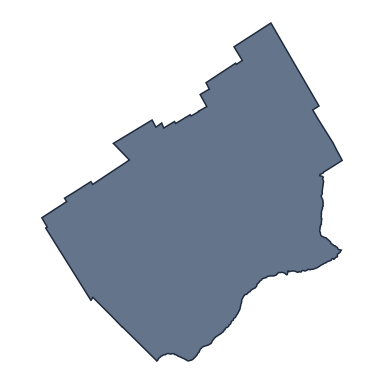 General Rodríguez, Buenos Aires, Argentina
{"feature_id": "61730980B11219984208084", "entity_name": "General Rodríguez", "entity_type": "district", "adm_level": 2, "iso_a3": "ARG", "parent_name": "Argentina", "parent_adm1": "Buenos Aires", "projection": "natural_earth1", "projection_center": [-58.934, -34.64], "detail": "fine", "context": "isolated", "style": "filled", "palette": "slate", "viewbox_px": 384, "rotation_deg": 0, "n_neighbors": 0, "source": "geoboundaries", "source_scale": "gbopen_adm2", "svg_char_len": 6037}
<svg xmlns="http://www.w3.org/2000/svg" viewBox="0 0 384 384"><path d="M319.0,106.0L293.3,61.8L270.9,23.0L234.0,46.8L242.3,60.4L236.3,64.4L235.6,63.2L206.0,82.7L209.3,89.1L200.1,94.5L206.8,106.6L198.5,111.3L198.7,111.6L191.2,116.0L190.2,114.7L175.7,123.5L174.5,121.5L163.7,128.0L161.7,123.0L155.9,127.2L152.1,120.0L113.3,143.4L129.4,160.0L92.7,184.4L90.9,181.6L75.5,191.4L64.5,198.2L66.7,201.6L41.8,217.8L47.2,227.0L45.7,228.0L90.9,300.3L91.4,299.9L91.7,299.4L92.4,297.9L92.6,297.6L92.9,297.4L112.7,317.2L122.2,327.1L122.4,326.9L129.5,333.9L146.2,350.4L156.9,361.0L157.2,360.6L157.6,360.3L157.8,360.1L158.2,359.3L158.9,358.2L159.3,357.7L159.6,357.5L160.0,357.3L160.2,357.1L160.7,356.8L160.9,356.4L161.2,356.2L161.5,355.9L161.9,355.8L162.3,355.8L163.2,355.0L163.5,354.9L163.8,354.8L165.0,354.8L165.4,354.7L165.9,354.2L167.6,353.5L168.2,353.5L169.0,353.7L170.8,354.1L171.5,353.9L172.0,353.7L173.5,353.6L174.0,353.7L174.2,354.0L174.5,354.5L175.7,354.5L176.1,354.9L176.8,355.2L177.4,355.7L178.2,356.2L179.8,356.7L180.7,357.2L181.1,357.5L181.8,357.6L183.0,358.3L183.7,358.5L184.9,359.2L185.8,359.6L186.4,360.0L187.0,360.5L187.8,360.8L188.3,360.9L189.2,360.7L191.5,360.1L191.9,359.8L192.6,359.6L193.6,358.6L194.2,358.0L195.2,357.0L195.9,356.2L196.3,355.9L196.9,355.2L197.4,354.3L198.0,353.0L198.5,352.7L199.0,352.2L199.4,351.4L199.8,350.2L200.2,349.5L200.6,348.9L201.4,348.2L202.2,347.2L202.6,346.9L203.5,346.6L204.3,346.3L205.2,345.9L207.0,345.5L208.2,345.1L209.3,344.4L210.3,343.8L210.9,343.6L211.3,343.1L211.5,342.8L211.7,342.2L211.9,341.9L212.5,340.5L213.3,339.7L214.0,338.8L214.4,338.1L215.3,337.4L215.7,336.8L216.1,336.7L216.4,336.4L217.4,336.0L217.7,335.6L218.6,335.1L219.3,334.5L219.7,334.4L221.3,333.3L222.4,332.3L223.1,331.8L223.4,331.7L223.9,330.7L224.0,330.2L224.3,330.0L224.9,329.7L225.2,329.2L225.4,328.5L225.6,328.2L226.4,327.6L227.0,327.5L227.6,327.2L228.7,326.1L228.9,325.7L228.9,325.2L229.4,324.7L230.0,324.4L230.4,324.0L230.8,323.4L231.0,322.8L231.2,322.2L231.4,321.7L231.6,321.2L232.7,320.5L233.2,320.2L233.4,319.6L233.7,318.8L233.9,318.4L234.2,318.1L234.6,317.9L235.1,317.6L235.4,317.4L235.7,316.9L236.1,316.0L236.5,315.1L237.0,314.8L237.4,314.2L237.6,313.6L238.1,312.9L238.3,312.3L238.7,311.8L238.9,311.2L239.2,310.8L239.4,310.1L239.8,309.4L240.1,308.5L240.1,308.2L240.3,307.2L240.5,306.5L240.5,306.1L240.8,304.7L240.9,304.1L241.2,303.4L241.5,302.8L241.5,302.1L241.8,301.3L241.7,300.7L241.6,300.2L241.6,299.9L242.0,299.4L242.5,298.6L243.0,297.4L243.4,296.5L243.8,296.0L244.1,295.8L244.9,294.8L245.3,294.6L246.8,294.2L247.0,294.0L247.2,293.6L247.7,293.3L247.9,293.1L248.1,292.7L248.6,292.4L249.5,291.8L250.1,291.6L250.3,291.1L250.7,290.7L251.0,290.3L251.3,290.0L253.0,288.9L254.5,288.2L254.9,288.1L255.7,287.3L255.9,286.9L256.4,286.5L256.7,285.8L256.8,285.5L256.8,285.0L257.0,284.6L257.4,284.0L257.5,283.6L258.0,283.3L258.4,283.1L258.6,282.9L259.1,282.3L259.2,282.0L259.5,281.5L260.0,281.0L260.6,280.6L261.0,280.4L261.5,280.0L261.8,279.5L262.0,279.0L262.2,278.8L262.9,278.6L264.2,278.1L266.2,277.6L266.8,277.1L267.9,276.3L268.4,276.1L269.1,276.1L269.7,276.0L270.8,275.9L273.8,275.9L274.9,275.5L275.8,275.3L276.2,275.0L276.5,274.7L277.4,273.8L277.9,273.1L278.3,272.7L278.7,272.5L279.5,272.6L279.8,272.5L280.7,272.6L281.5,272.3L282.1,272.3L283.1,272.5L284.1,273.0L284.8,273.3L285.4,273.8L285.9,274.3L286.4,274.7L286.7,274.8L287.1,274.6L287.3,274.4L287.4,273.7L287.6,273.2L287.8,272.5L287.8,271.6L287.9,271.1L288.4,270.9L288.8,271.2L289.3,271.7L290.5,271.4L291.9,270.9L292.4,271.0L293.3,271.1L293.9,271.0L294.4,271.0L294.8,271.1L295.4,271.4L296.1,271.7L296.8,272.1L297.2,272.2L298.0,272.2L298.5,272.1L299.2,271.7L299.7,271.7L300.0,271.9L300.5,272.0L300.8,272.0L301.4,271.8L301.6,271.5L301.7,271.1L301.9,270.8L302.2,270.6L302.8,270.4L303.3,270.5L304.2,270.8L304.9,271.0L305.4,270.9L306.4,270.4L306.9,270.1L307.2,270.0L307.7,269.8L307.8,269.5L308.2,269.3L308.4,269.3L309.8,269.7L310.4,269.7L311.1,269.4L311.3,269.3L313.2,269.2L314.0,268.9L315.0,268.5L316.5,268.0L317.6,267.5L317.8,267.4L321.0,265.2L323.0,264.2L323.9,263.6L324.2,263.3L325.9,262.8L327.5,261.5L329.7,260.9L331.1,260.3L331.3,260.1L331.4,259.6L331.5,259.4L331.7,259.1L332.0,258.8L332.5,258.6L333.2,258.7L333.6,259.0L333.7,259.3L334.0,259.3L334.5,258.7L335.0,258.3L335.3,257.8L335.5,257.6L336.2,257.2L336.6,257.0L337.2,256.9L337.5,256.6L337.3,255.5L337.4,255.1L337.5,254.6L337.5,254.1L337.7,253.9L338.2,253.7L338.8,253.3L339.3,253.0L340.0,252.4L340.2,252.1L340.5,251.4L341.3,250.1L340.1,249.8L339.4,249.7L338.7,249.5L338.4,249.4L338.2,249.2L337.4,247.7L337.2,247.5L337.0,247.3L336.6,247.1L336.3,246.9L335.3,246.0L335.0,245.8L334.1,245.7L333.8,245.6L333.6,245.4L333.4,245.1L333.1,244.9L332.8,244.7L332.6,244.4L331.9,244.1L331.3,243.7L331.1,243.5L331.0,243.1L330.5,241.9L326.0,237.8L324.4,237.5L321.3,235.9L320.8,235.3L320.5,234.2L320.4,233.1L320.3,232.4L319.9,231.7L319.6,231.4L319.8,230.4L320.1,228.1L320.0,227.9L320.1,227.5L320.0,227.2L320.5,226.7L320.5,226.3L320.4,226.1L320.4,225.7L320.9,224.9L320.9,224.6L321.4,224.2L321.4,223.9L321.3,223.6L321.2,223.3L321.3,223.0L321.4,222.5L321.4,221.6L321.5,220.5L321.6,220.2L321.5,219.7L321.9,219.1L321.9,218.8L321.7,218.5L321.4,218.4L321.3,218.0L321.3,217.6L321.3,217.2L321.3,216.9L321.1,216.3L321.3,215.2L321.4,214.7L321.4,213.8L321.4,213.4L321.2,213.3L321.2,213.0L321.4,212.6L321.5,212.2L321.6,210.8L321.6,210.5L321.8,210.3L322.0,210.0L322.1,209.7L322.5,208.4L322.5,208.0L322.5,206.9L322.9,206.7L323.1,206.3L323.2,206.0L323.2,205.3L323.1,204.9L323.1,204.6L323.0,204.1L323.0,203.6L323.3,203.2L323.2,202.8L323.1,202.5L323.1,202.2L323.0,201.9L322.8,201.7L322.9,201.3L323.0,200.9L322.9,200.6L322.7,199.6L322.0,198.4L321.5,196.9L321.2,195.9L321.2,195.6L321.6,195.0L321.8,194.9L322.0,194.6L322.1,194.2L322.1,193.8L322.4,193.3L322.4,193.0L322.2,192.7L322.2,192.4L322.3,191.7L322.2,191.2L323.6,181.4L322.7,178.9L323.2,177.2L322.8,176.5L319.7,175.6L320.0,174.5L323.4,172.9L323.6,172.1L329.9,168.2L342.2,160.4L336.5,149.7L333.1,143.0L318.8,120.2L312.7,109.9L319.0,106.0Z" fill="#64748b" stroke="#1e293b" stroke-width="1.5"/></svg>